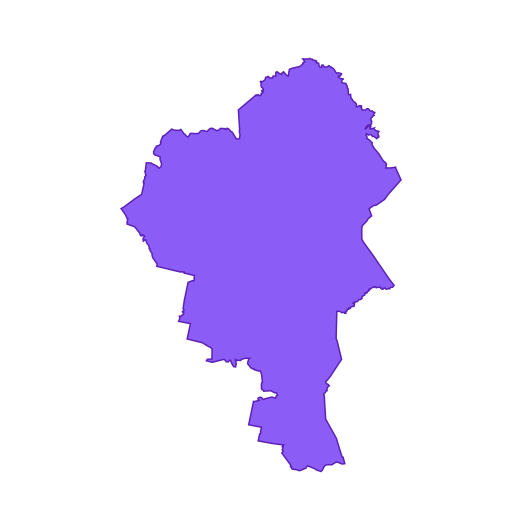 Bērzaunes pag., Madona, Latvia (orthographic projection), rotated 280°
{"feature_id": "27541924B65534695905374", "entity_name": "Bērzaunes pag.", "entity_type": "district", "adm_level": 2, "iso_a3": "LVA", "parent_name": "Latvia", "parent_adm1": "Madona", "projection": "orthographic", "projection_center": [25.995, 56.836], "detail": "fine", "context": "isolated", "style": "filled", "palette": "violet", "viewbox_px": 512, "rotation_deg": 280, "n_neighbors": 0, "source": "geoboundaries", "source_scale": "gbopen_adm2", "svg_char_len": 6130}
<svg xmlns="http://www.w3.org/2000/svg" viewBox="0 0 512 512"><g transform="rotate(280 256 256)"><path d="M66.9,379.5L73.0,376.7L73.2,375.7L75.4,374.4L90.4,366.8L107.5,352.9L130.5,347.4L131.7,346.6L133.0,347.6L135.5,348.7L135.8,349.5L137.1,348.8L139.6,349.4L140.9,350.7L142.2,349.1L142.5,347.3L144.0,346.5L149.7,349.8L169.1,358.2L185.8,350.9L188.8,349.2L215.6,345.2L216.0,347.9L215.1,350.6L215.7,351.7L215.7,352.6L215.0,353.1L215.1,354.4L216.0,354.4L216.8,353.8L217.8,355.2L219.2,354.9L219.6,356.3L220.9,356.4L220.8,357.1L220.4,357.3L221.0,358.1L222.1,358.1L222.6,358.7L223.5,361.3L226.6,361.3L226.3,360.7L226.5,359.8L228.2,361.6L228.7,363.8L230.9,364.9L231.4,366.8L232.3,367.0L232.6,367.8L234.1,367.4L235.2,368.0L235.3,368.5L236.6,369.9L237.7,369.6L238.2,370.5L238.6,370.1L239.4,371.1L239.3,371.8L240.0,371.7L241.5,373.4L242.8,372.9L242.9,374.2L243.7,374.4L245.2,376.2L245.6,377.5L246.3,377.8L246.2,378.3L246.5,378.8L245.6,379.9L246.2,380.7L246.2,381.7L246.9,383.0L246.8,384.3L246.0,384.3L245.2,385.9L245.5,387.0L246.8,387.8L246.7,388.8L246.1,389.4L245.9,390.2L247.0,391.9L246.7,392.8L246.8,393.2L247.8,393.6L248.7,394.6L248.9,395.9L251.1,397.1L256.7,390.9L277.7,370.4L287.9,359.8L290.9,357.3L301.5,355.4L304.2,355.4L309.4,358.9L312.3,360.1L315.6,362.9L322.1,359.1L326.1,363.0L326.9,365.5L334.2,372.9L339.0,375.1L356.1,385.6L367.0,378.2L367.7,378.1L366.2,373.7L365.2,368.5L369.3,368.5L370.5,367.3L371.9,364.7L378.1,359.1L382.4,353.9L385.7,351.0L387.9,350.7L388.3,349.5L389.4,348.6L391.0,344.9L393.1,344.4L394.2,343.2L395.7,343.4L395.5,344.2L394.6,345.7L395.3,347.0L395.5,348.4L393.9,350.0L394.3,351.3L392.5,354.5L394.0,355.4L394.2,356.2L395.4,356.2L396.9,355.0L398.5,354.6L400.0,355.5L400.4,351.9L401.9,349.8L402.5,350.1L400.8,346.6L401.9,345.9L403.2,346.8L404.2,346.2L403.3,344.1L400.1,341.7L400.6,341.5L403.5,342.8L405.1,345.2L405.5,346.4L406.0,346.7L408.8,346.6L410.0,345.5L412.0,345.4L413.5,346.8L414.6,347.0L414.9,347.6L415.1,347.1L416.6,347.3L417.5,348.1L418.0,348.1L418.1,346.6L419.1,345.2L418.7,344.4L418.6,343.4L420.3,341.4L420.6,340.5L420.2,339.6L418.6,338.3L418.3,335.0L419.9,334.5L420.6,333.4L421.8,334.0L422.2,333.6L422.0,331.4L420.5,330.0L420.5,328.8L423.0,328.6L424.6,326.8L424.8,325.4L428.7,321.8L431.6,321.1L431.0,319.2L431.6,318.6L433.0,318.6L436.7,317.6L437.0,317.0L438.8,316.4L441.4,314.7L441.6,313.5L441.4,311.1L442.2,310.1L444.4,310.2L445.1,311.1L445.5,311.2L445.6,309.6L445.4,308.3L446.5,306.2L447.6,305.8L447.8,306.0L447.5,306.9L447.7,307.5L450.1,308.7L450.5,308.4L450.7,305.0L450.0,303.4L453.7,300.2L455.1,297.3L454.8,296.9L456.1,295.0L455.9,294.4L454.7,293.6L454.0,291.5L454.3,290.2L455.7,289.0L455.5,287.8L454.8,287.5L453.5,288.0L453.0,287.3L453.2,286.0L454.4,285.0L456.7,284.3L456.8,282.8L456.6,282.4L456.9,281.7L458.5,281.9L459.0,279.6L458.7,278.1L459.6,277.5L459.3,276.5L459.9,274.5L459.2,273.5L458.2,267.8L456.0,270.3L455.6,270.2L454.8,269.0L454.0,268.6L453.6,269.1L450.3,266.3L447.3,259.3L445.7,256.5L438.7,256.4L439.1,254.9L442.2,251.2L440.8,249.8L439.3,249.9L440.1,246.2L440.5,246.2L441.1,244.7L440.3,243.6L436.7,244.3L436.2,241.6L434.2,241.4L433.8,238.7L435.0,236.7L433.8,235.4L433.6,234.4L431.4,234.5L429.7,233.0L428.7,231.9L428.9,230.4L428.5,230.0L426.9,231.2L424.9,231.2L423.1,232.2L422.6,233.4L421.2,234.4L419.8,232.9L419.3,233.2L419.2,233.6L419.7,234.0L419.4,234.5L418.6,234.0L417.7,234.2L417.2,232.9L415.1,233.0L414.8,231.8L414.4,231.4L415.3,230.0L413.9,228.3L414.5,228.0L396.8,213.3L378.2,217.8L375.2,218.1L372.8,219.2L369.1,219.4L368.2,218.7L368.0,216.7L368.2,216.1L373.9,211.0L374.0,210.2L376.6,206.6L376.7,205.6L376.0,205.2L376.4,204.6L375.7,204.1L375.6,203.5L376.0,202.8L375.5,198.8L373.8,197.8L372.6,195.4L374.2,190.8L373.7,188.7L370.0,186.0L370.4,183.3L370.4,181.5L369.5,179.9L366.7,178.1L366.0,175.0L365.5,170.6L365.1,169.9L362.8,169.2L361.3,168.1L362.4,166.1L363.7,164.7L363.7,164.1L364.4,163.3L367.6,160.0L366.3,158.3L365.7,153.2L366.4,151.1L358.6,144.7L357.9,143.4L351.6,142.1L351.3,142.5L349.6,142.6L348.3,141.6L346.8,138.7L345.8,139.1L344.6,137.9L340.9,137.1L339.2,137.4L337.9,138.9L337.2,144.2L334.1,144.9L330.4,147.0L327.7,147.0L325.6,145.3L327.3,142.9L328.9,137.5L329.4,136.7L328.7,131.8L320.6,132.2L319.9,131.8L319.6,132.3L317.4,132.9L316.5,133.8L314.6,132.7L312.2,133.0L310.8,132.2L309.4,132.2L308.0,132.8L308.2,133.2L296.9,132.7L291.4,126.9L280.7,116.8L279.3,114.9L274.0,120.2L270.3,122.8L270.5,123.1L265.1,123.4L263.7,131.5L258.7,137.1L256.0,138.9L256.1,140.3L257.3,140.3L256.2,142.9L254.5,142.0L252.7,141.8L251.1,142.5L252.7,143.8L252.5,144.7L249.6,146.3L247.4,148.8L244.6,149.6L244.4,150.6L242.9,150.7L240.5,153.2L238.1,153.7L236.1,154.9L231.0,160.0L228.6,160.1L227.1,184.6L227.6,185.2L227.4,186.8L227.9,187.8L227.3,188.5L226.7,188.3L226.1,198.7L220.8,199.2L220.7,197.7L218.3,193.7L199.7,193.1L191.3,193.4L190.6,194.3L189.2,194.5L188.9,194.1L188.9,193.5L188.4,193.2L187.4,194.1L187.4,194.7L186.2,194.8L184.0,192.8L183.4,191.0L181.7,191.8L178.2,191.2L178.0,203.2L162.3,202.6L161.3,218.0L158.6,225.0L158.4,226.5L156.8,228.9L146.9,230.5L145.8,226.0L144.2,225.4L143.7,231.4L148.8,242.7L146.7,245.0L146.8,246.9L148.7,248.2L148.9,248.9L145.4,251.2L143.2,253.2L143.2,255.2L146.5,255.2L150.4,253.8L149.8,255.1L150.2,255.5L149.8,256.3L150.3,257.0L150.4,258.8L151.8,260.0L153.3,262.8L154.2,267.5L152.9,266.7L149.2,266.3L147.7,267.1L146.6,268.8L145.1,270.0L144.2,272.7L144.6,273.3L143.5,274.5L143.6,275.6L143.1,278.3L143.5,279.6L143.2,280.6L139.8,282.2L132.8,284.2L132.2,283.6L130.8,283.6L126.0,284.5L125.1,286.2L124.2,287.0L125.9,294.1L124.5,298.0L124.8,299.9L123.0,301.3L121.4,300.1L119.5,300.1L119.4,298.7L119.9,296.2L116.0,287.7L117.4,286.3L117.7,285.2L117.2,283.5L115.8,282.6L114.3,284.1L112.3,279.4L112.4,278.8L88.5,278.1L88.3,291.2L84.2,290.9L82.7,291.3L81.9,291.1L81.4,290.5L74.3,290.3L74.2,303.7L74.7,316.2L72.7,314.9L72.5,315.9L69.5,315.5L68.3,316.9L66.5,315.6L56.0,326.6L54.9,326.4L54.4,326.8L54.2,327.8L53.5,327.6L52.4,328.7L52.6,332.7L52.1,335.9L52.4,336.7L55.7,342.0L58.4,343.1L56.8,350.4L55.7,353.1L55.1,357.6L56.8,358.6L61.1,359.9L62.8,362.1L63.6,367.0L66.5,370.1L67.2,371.6L66.1,376.9L66.9,379.5Z" fill="#8b5cf6" stroke="#5b21b6" stroke-width="1.5"/></g></svg>